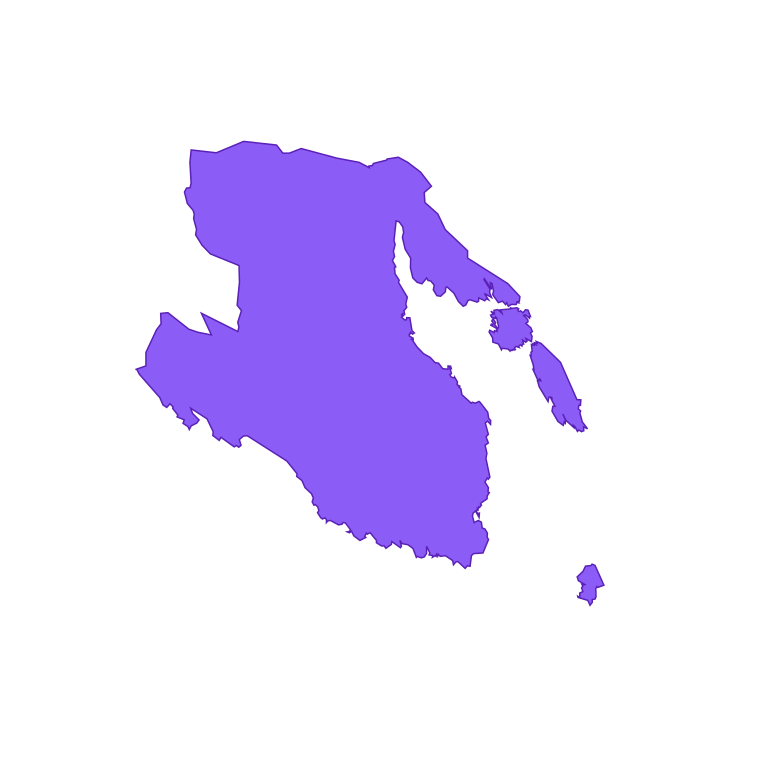 Strand nor, Rogaland, Norway, rotated 226°
{"feature_id": "86288312B48942403855190", "entity_name": "Strand nor", "entity_type": "district", "adm_level": 2, "iso_a3": "NOR", "parent_name": "Norway", "parent_adm1": "Rogaland", "projection": "natural_earth1", "projection_center": [5.968, 59.049], "detail": "fine", "context": "isolated", "style": "filled", "palette": "violet", "viewbox_px": 768, "rotation_deg": 226, "n_neighbors": 0, "source": "geoboundaries", "source_scale": "gbopen_adm2", "svg_char_len": 6158}
<svg xmlns="http://www.w3.org/2000/svg" viewBox="0 0 768 768"><g transform="rotate(226 384 384)"><path d="M686.3,407.9L678.4,398.5L662.6,384.9L659.9,380.9L662.1,378.0L660.7,373.8L650.4,367.9L641.5,367.3L637.9,365.4L635.3,362.0L625.4,356.5L622.2,352.1L610.2,349.5L598.1,349.5L569.9,362.0L557.5,350.6L542.7,333.1L535.8,332.4L530.0,321.7L525.7,319.1L523.3,315.3L561.7,301.8L539.2,293.9L550.3,286.2L558.9,281.7L585.4,278.1L589.9,272.4L582.2,265.5L581.0,257.9L572.1,234.7L562.4,225.3L567.1,215.2L566.4,216.4L561.1,214.8L530.0,213.3L522.5,210.5L518.1,211.4L518.4,216.3L514.0,216.4L513.2,215.0L505.0,214.2L504.1,212.3L497.0,215.4L495.3,212.1L489.5,213.4L486.5,212.3L487.8,216.2L486.0,222.1L486.6,226.0L495.7,225.8L500.9,228.1L481.9,232.5L468.3,228.0L465.9,225.1L457.9,226.3L458.9,229.7L442.8,232.6L442.3,235.1L439.4,235.6L439.2,238.6L444.5,241.3L444.2,246.7L441.8,249.7L396.1,260.6L379.8,259.1L378.2,257.0L371.6,257.9L364.3,255.2L355.4,255.6L351.1,254.0L349.1,250.5L345.5,249.4L344.7,250.9L341.7,251.0L338.2,249.2L337.6,246.8L331.8,245.6L329.6,246.0L328.7,248.5L326.4,248.4L324.4,246.4L324.6,248.3L323.0,250.7L314.3,253.4L312.3,256.3L312.9,258.2L310.9,259.7L302.7,258.7L301.9,256.9L303.2,254.9L300.9,255.9L300.7,258.4L295.7,256.8L288.2,258.0L286.3,264.3L287.8,264.3L289.0,267.8L287.6,267.7L286.7,270.7L276.7,269.9L275.1,268.3L269.3,269.7L267.4,271.7L264.5,271.2L263.5,277.8L265.2,280.2L254.8,282.1L255.1,283.8L260.5,286.8L256.5,286.2L251.7,289.6L245.5,290.6L236.8,286.8L236.8,288.2L233.0,290.1L231.6,293.1L232.6,297.0L237.7,301.9L230.6,299.6L229.8,297.7L226.8,299.9L225.7,298.4L225.1,301.3L223.8,301.7L224.9,303.4L222.8,302.9L224.0,304.7L221.0,304.7L217.8,308.9L209.3,310.7L205.7,308.4L206.1,311.9L205.0,313.8L195.0,314.3L195.3,317.7L193.1,319.3L199.8,327.7L199.8,330.6L193.7,337.8L199.5,351.1L202.2,351.8L204.9,354.8L209.6,355.9L212.2,354.6L217.0,358.1L220.4,357.0L221.7,352.6L227.6,355.9L229.2,358.4L229.1,361.6L222.0,359.7L225.3,363.5L224.3,361.1L228.5,362.1L228.8,363.7L227.2,364.1L228.6,363.9L229.3,364.5L228.5,364.4L229.8,366.9L228.8,367.0L229.2,370.0L230.7,370.1L230.9,371.6L229.8,378.4L231.8,380.4L232.7,384.3L234.2,383.9L236.9,387.1L243.4,388.5L244.6,393.0L243.1,392.9L243.4,395.4L259.6,405.6L262.7,409.9L269.7,414.2L269.1,418.1L275.1,420.7L275.3,424.1L285.6,429.8L285.4,432.7L281.0,432.6L283.7,435.4L286.7,435.5L291.6,439.0L304.0,440.4L305.5,440.2L306.8,436.3L309.5,434.9L309.6,433.4L322.2,432.6L327.1,435.9L330.0,435.8L329.8,437.0L332.8,436.1L334.5,438.3L337.4,439.0L340.0,439.6L339.4,438.8L342.2,437.2L345.1,437.8L344.6,439.7L349.7,442.5L348.4,443.1L350.5,444.3L352.5,442.6L350.2,440.3L354.2,436.9L361.2,437.7L363.8,435.6L371.1,435.7L378.3,433.5L387.7,433.5L394.6,434.7L396.4,436.7L395.9,435.2L397.0,434.7L397.1,436.6L400.8,435.6L402.2,436.6L401.6,438.6L403.5,438.9L400.0,439.3L399.6,441.3L403.0,441.2L413.7,448.6L416.0,446.4L414.6,444.7L415.7,443.4L419.9,443.0L419.7,445.5L421.5,444.6L421.8,446.2L419.9,447.3L422.9,449.3L423.3,453.6L426.4,455.2L430.3,461.1L447.0,465.0L448.1,467.0L455.6,468.5L460.5,472.5L460.1,473.9L466.9,475.8L468.4,480.2L472.9,482.9L476.6,488.9L480.2,490.8L492.9,506.0L490.3,507.4L491.2,507.7L484.1,506.7L479.4,503.4L476.7,499.1L466.3,492.9L456.0,490.6L449.2,483.7L440.3,478.4L434.1,478.5L429.7,480.9L430.6,488.3L427.9,487.6L425.6,489.2L420.2,488.8L417.5,484.9L410.8,483.4L407.8,485.7L407.7,492.1L410.6,495.7L409.9,496.8L400.9,497.4L391.5,494.8L384.9,495.0L384.0,497.6L385.7,502.5L384.8,504.4L378.3,507.8L377.8,509.5L380.1,512.0L373.9,514.3L374.1,517.0L372.0,517.7L379.3,519.1L371.4,521.5L376.1,523.3L378.8,526.2L389.8,528.5L390.1,529.3L377.3,527.1L383.0,530.8L381.2,531.5L374.7,527.3L372.8,524.3L363.1,522.8L361.2,526.8L356.6,526.6L357.2,528.8L353.5,527.4L352.7,531.0L349.4,534.2L350.3,536.1L348.9,537.2L350.4,537.2L349.3,538.6L352.5,542.5L370.3,542.8L416.5,531.6L421.8,536.7L452.5,535.3L468.9,540.8L486.2,539.5L493.8,546.0L493.3,555.5L511.0,557.5L527.2,555.0L537.2,551.8L543.7,542.5L543.3,541.3L550.0,529.6L549.2,527.5L551.3,524.4L550.0,523.6L560.7,520.1L579.2,507.0L610.9,488.0L615.8,476.3L620.3,471.6L630.5,472.7L656.0,451.6L666.8,424.0L686.3,407.9ZM236.2,483.1L229.7,484.2L231.4,487.3L229.9,487.2L231.8,489.4L238.2,491.8L231.6,489.6L220.7,490.3L222.6,491.5L220.5,491.7L215.5,490.2L215.5,492.3L212.6,492.9L211.6,495.3L214.5,497.7L210.4,499.3L219.0,500.3L227.1,504.8L228.0,506.7L231.1,506.5L233.3,509.4L232.2,510.5L235.9,514.6L238.7,511.9L277.0,526.0L304.0,525.2L308.8,523.1L306.8,522.3L308.8,521.2L307.0,520.6L308.5,520.2L307.0,519.4L308.8,519.6L307.5,518.8L310.3,519.1L308.1,518.6L310.0,517.5L304.5,513.2L304.8,511.9L302.1,509.4L303.0,509.0L294.2,504.7L290.2,501.8L291.0,501.3L281.5,497.9L279.3,497.8L279.5,499.6L277.4,499.1L279.3,497.0L280.7,497.2L274.2,493.7L257.4,489.8L260.0,493.5L258.0,495.4L256.7,494.7L257.5,494.0L249.3,491.5L250.7,490.0L247.8,486.0L236.2,483.1ZM333.3,494.1L327.0,492.2L327.6,493.8L322.9,497.6L320.2,497.5L320.5,498.1L319.2,499.4L319.5,499.9L317.6,501.8L317.6,502.5L319.0,502.2L319.5,504.9L316.4,506.6L317.8,506.9L317.3,509.3L315.5,509.6L316.5,511.2L315.7,512.1L319.3,514.2L315.6,514.9L315.5,516.7L318.1,517.6L312.1,519.5L315.4,523.6L319.1,524.9L318.6,527.1L322.5,528.7L329.0,528.1L328.8,530.9L330.4,532.1L336.3,532.2L335.6,533.7L330.4,534.4L331.5,535.4L330.7,536.2L337.1,538.9L339.1,537.4L338.7,533.5L341.7,533.1L342.5,531.4L344.4,531.6L344.5,533.1L346.5,532.6L350.0,528.0L351.4,528.3L350.1,527.2L356.6,519.1L354.2,518.6L352.9,518.0L358.5,517.5L360.6,514.3L358.0,512.4L362.1,511.5L358.4,511.1L359.5,508.5L357.0,507.8L353.9,509.6L354.9,510.9L353.4,511.0L345.5,506.2L344.8,504.4L350.0,505.0L350.5,506.9L355.2,507.9L354.5,505.3L351.8,505.0L351.2,503.1L352.5,502.8L352.1,501.7L346.3,503.5L343.3,502.0L345.6,500.5L344.5,499.0L349.2,497.4L348.4,495.7L341.7,494.2L338.5,491.4L333.3,494.1ZM95.7,375.3L86.8,380.3L81.7,378.5L82.2,382.1L84.3,384.1L82.7,386.4L83.7,388.7L89.8,394.3L90.4,396.4L89.2,396.4L86.5,402.4L106.9,409.8L109.9,408.5L109.7,406.6L113.0,402.5L111.0,397.0L111.1,389.0L107.4,387.2L100.2,389.2L100.4,388.6L102.3,387.6L102.2,387.3L100.9,387.6L102.1,387.1L100.5,386.7L100.1,384.5L96.5,382.8L97.7,379.6L94.2,376.4L96.7,375.9L95.7,375.3Z" fill="#8b5cf6" stroke="#5b21b6" stroke-width="1.5"/></g></svg>